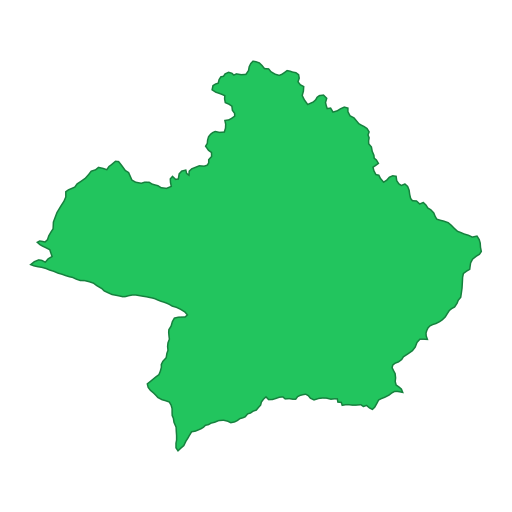 Araxá, Minas Gerais, Brazil (Albers equal-area conic projection)
{"feature_id": "56859067B23765834609949", "entity_name": "Araxá", "entity_type": "district", "adm_level": 2, "iso_a3": "BRA", "parent_name": "Brazil", "parent_adm1": "Minas Gerais", "projection": "albers", "projection_center": [-46.987, -19.634], "detail": "fine", "context": "isolated", "style": "filled", "palette": "green", "viewbox_px": 512, "rotation_deg": 0, "n_neighbors": 0, "source": "geoboundaries", "source_scale": "gbopen_adm2", "svg_char_len": 5319}
<svg xmlns="http://www.w3.org/2000/svg" viewBox="0 0 512 512"><path d="M330.6,108.1L327.2,108.6L326.2,105.5L325.5,102.5L326.7,98.3L323.5,95.1L319.4,95.6L317.1,97.3L315.7,99.8L313.3,102.0L310.6,103.2L307.7,104.5L304.3,99.8L302.2,95.5L303.4,91.2L303.7,86.6L300.2,84.7L298.0,81.8L299.2,78.2L298.6,74.7L295.9,72.7L292.6,72.1L290.1,71.2L287.1,70.6L284.4,72.6L281.9,74.3L279.2,75.4L275.1,74.2L270.9,71.7L268.6,68.9L264.5,68.6L261.9,65.4L259.3,62.9L255.8,61.7L253.0,61.2L250.8,63.5L249.2,66.8L248.5,70.6L245.9,74.4L241.3,74.7L236.4,73.9L233.8,75.1L231.9,73.3L228.6,72.3L225.1,73.9L223.5,76.3L220.9,76.8L219.1,79.6L218.2,83.2L215.6,84.0L213.0,85.6L212.1,89.8L215.8,92.2L218.8,93.2L222.0,94.4L224.8,95.7L224.6,98.9L225.3,102.6L229.0,104.2L231.9,106.2L232.4,110.3L234.6,113.3L234.7,116.2L231.4,118.5L228.8,119.9L224.9,120.5L225.7,124.3L225.5,128.2L224.3,132.1L219.4,132.4L215.2,131.5L212.7,132.6L210.6,134.2L208.6,136.7L207.6,140.1L207.3,143.4L205.6,146.2L208.5,150.3L211.5,152.5L211.6,156.5L208.7,159.7L208.7,162.9L207.2,165.2L204.1,166.2L199.3,165.8L195.3,167.4L191.8,168.8L189.2,171.2L188.9,175.2L186.6,173.4L185.8,170.1L181.7,171.1L179.2,173.8L178.3,179.0L175.6,179.4L172.5,176.4L170.3,178.9L170.5,182.4L171.3,186.4L166.5,188.4L161.1,187.7L157.9,185.7L154.8,184.9L151.9,184.0L149.2,182.3L144.7,182.2L141.3,183.3L135.6,182.2L131.9,180.1L130.5,176.9L128.6,172.6L125.3,170.5L121.6,165.4L118.6,161.6L115.5,161.3L111.2,164.9L109.0,166.5L106.8,169.7L103.0,168.4L98.5,167.4L95.6,169.8L91.2,171.2L88.7,174.5L85.4,178.2L81.2,181.2L77.1,183.9L74.8,187.1L71.6,188.5L68.5,189.8L65.8,191.7L65.8,197.0L64.0,201.2L61.1,205.7L57.0,212.5L54.7,218.6L53.4,222.1L53.1,228.8L51.0,232.0L48.8,235.8L47.5,239.7L45.0,242.0L42.3,241.4L39.7,241.0L37.3,242.3L39.9,244.6L42.5,246.1L45.5,247.5L49.8,249.7L50.7,252.5L52.1,256.5L48.2,258.8L45.3,262.2L41.8,260.4L38.7,259.9L34.3,261.7L30.7,264.6L33.8,265.8L37.8,266.7L41.7,267.3L46.0,268.5L49.8,270.1L53.5,271.2L58.2,273.2L61.9,274.2L65.7,275.6L69.3,276.7L72.6,277.4L76.2,279.1L80.3,280.5L84.7,280.6L89.5,281.8L93.6,283.2L96.6,285.5L99.3,287.1L102.0,288.7L104.2,290.9L108.0,292.7L112.0,294.5L115.7,295.2L119.2,295.9L122.7,296.7L125.4,296.6L128.6,295.7L132.3,295.0L135.9,295.0L138.7,295.5L143.4,296.3L146.7,296.8L149.3,297.4L152.4,298.0L154.9,298.7L157.8,300.0L161.1,301.3L163.8,302.1L167.0,303.3L169.4,304.4L172.2,306.1L176.4,307.3L180.4,309.2L184.8,311.9L187.4,314.9L185.1,317.0L178.4,317.2L174.4,318.1L172.4,321.6L171.1,326.1L168.9,329.6L168.7,332.4L169.0,336.0L169.4,339.2L168.0,342.8L167.6,346.5L168.0,350.3L166.9,353.4L166.2,357.7L162.9,361.3L161.3,364.5L161.4,367.3L160.3,371.3L158.9,374.7L156.0,376.8L152.6,379.6L150.3,381.5L147.3,383.9L148.2,387.4L150.4,390.3L153.6,393.0L155.9,395.3L157.9,397.5L162.0,399.7L165.3,400.6L169.3,402.0L171.1,405.1L172.1,408.6L172.1,412.6L172.2,415.5L173.4,418.3L174.0,422.3L176.1,427.2L176.3,431.5L176.6,435.6L176.6,440.1L176.0,443.2L176.0,447.8L178.0,450.8L181.0,448.0L183.8,445.6L186.0,441.0L187.7,438.4L189.4,435.4L191.6,431.8L195.4,431.1L198.1,430.0L201.1,428.7L203.5,427.2L205.4,425.3L208.5,424.6L211.1,423.1L214.8,422.2L218.6,420.6L223.5,420.2L227.7,421.2L230.8,422.7L234.6,421.9L237.4,420.5L239.9,418.6L242.8,417.8L245.2,416.8L247.6,413.9L250.5,413.0L253.2,411.1L256.3,410.1L258.4,407.5L260.6,405.1L261.4,402.0L263.7,398.9L266.0,396.9L268.6,399.6L272.4,399.5L276.0,398.4L279.4,397.2L282.8,396.9L285.2,398.9L289.2,398.6L292.8,399.2L295.7,399.2L297.6,396.6L300.1,395.4L302.8,394.7L305.7,394.2L308.4,395.7L310.4,398.2L314.0,399.9L318.8,398.4L322.6,398.0L326.5,398.1L330.9,399.2L334.5,398.8L337.3,398.9L337.9,402.1L341.3,402.4L342.2,405.3L345.6,404.7L349.0,404.7L352.3,405.1L356.0,405.1L360.9,404.7L363.4,406.5L366.5,405.4L369.5,407.9L372.4,409.4L374.7,407.2L376.8,403.5L378.6,400.0L381.3,398.6L384.7,397.3L389.0,395.1L391.7,393.0L394.4,391.5L397.1,391.4L399.8,391.8L402.7,392.4L401.4,389.1L399.1,387.1L396.1,385.0L395.2,381.5L395.6,377.9L395.1,373.6L393.5,370.6L392.1,367.7L392.8,365.0L395.1,363.2L398.5,361.9L401.7,359.5L403.4,356.8L406.0,355.1L408.7,353.3L412.4,350.7L415.2,347.1L417.0,342.4L419.9,339.2L424.1,339.2L427.4,339.4L426.2,336.0L426.0,333.0L426.8,330.4L428.0,327.9L429.9,325.9L432.8,324.5L436.0,323.5L439.5,321.7L442.3,319.8L445.2,317.0L447.5,313.3L449.4,310.4L451.8,308.5L454.6,307.0L457.1,303.2L458.2,300.3L460.7,297.3L461.4,292.6L462.0,288.2L462.4,281.6L462.6,277.3L463.4,273.5L466.6,271.1L469.7,269.3L470.1,266.2L470.6,262.9L472.6,259.1L476.4,256.1L479.4,254.3L481.3,251.5L480.5,247.4L480.2,243.1L479.2,239.6L477.0,236.1L472.3,237.1L468.5,235.3L464.1,234.0L460.9,232.6L457.5,231.3L453.9,228.0L451.3,225.3L448.2,222.7L443.7,221.1L440.4,220.3L436.8,219.2L435.1,216.3L433.8,213.0L430.8,209.8L427.8,208.0L426.0,205.1L423.3,202.5L419.7,204.0L416.5,201.0L412.4,200.7L410.6,198.4L409.7,194.5L409.1,190.2L407.6,186.4L404.9,184.0L401.3,185.5L398.8,183.8L396.7,180.7L396.1,176.3L392.7,175.8L389.4,177.2L386.7,180.2L383.6,182.2L380.4,178.4L378.8,175.2L375.9,174.6L373.9,170.8L373.0,167.2L375.4,165.6L378.4,163.4L376.4,160.0L374.2,158.2L373.9,155.3L372.2,151.3L371.4,147.0L368.7,143.8L368.6,140.8L369.1,137.8L368.0,134.9L369.1,131.9L367.0,128.5L364.0,126.5L361.4,125.2L358.8,123.7L356.9,121.4L354.0,117.9L350.0,115.8L347.9,111.7L347.9,108.1L344.3,107.1L340.5,108.8L337.3,110.8L333.0,112.1L330.6,108.1Z" fill="#22c55e" stroke="#15803d" stroke-width="1.5"/></svg>